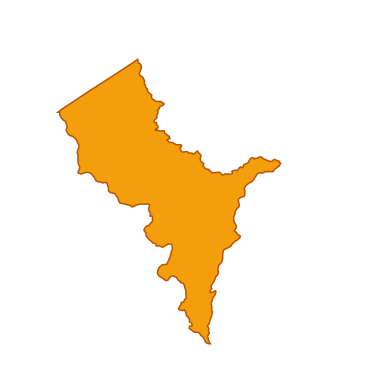 Encruzilhada, Bahia, Brazil, rotated 62°
{"feature_id": "56859067B66592424293928", "entity_name": "Encruzilhada", "entity_type": "district", "adm_level": 2, "iso_a3": "BRA", "parent_name": "Brazil", "parent_adm1": "Bahia", "projection": "robinson", "projection_center": [-40.923, -15.536], "detail": "fine", "context": "isolated", "style": "filled", "palette": "amber", "viewbox_px": 384, "rotation_deg": 62, "n_neighbors": 0, "source": "geoboundaries", "source_scale": "gbopen_adm2", "svg_char_len": 6101}
<svg xmlns="http://www.w3.org/2000/svg" viewBox="0 0 384 384"><g transform="rotate(62 192 192)"><path d="M49.4,177.7L50.2,184.7L53.0,215.3L54.3,231.8L57.7,267.3L58.6,272.8L59.1,271.7L60.5,271.9L61.7,272.4L62.8,272.7L64.1,272.5L67.6,272.2L69.6,270.9L71.1,270.6L72.7,271.0L73.7,271.0L74.8,271.3L76.3,272.1L77.9,273.9L79.4,274.3L82.4,274.1L84.4,273.6L85.3,273.0L86.3,271.7L87.2,271.1L89.9,270.0L91.4,269.7L93.0,269.7L96.0,270.0L97.3,269.9L98.9,270.4L102.6,274.4L103.5,274.9L105.9,275.5L111.5,278.3L112.8,278.9L113.8,279.1L117.6,279.4L120.6,282.9L121.7,283.7L122.7,282.6L123.6,282.0L124.2,281.1L124.4,279.1L125.1,275.9L126.6,273.6L128.9,272.1L131.0,272.0L133.2,271.3L134.5,271.5L136.9,271.4L138.6,270.5L140.2,268.1L142.0,266.6L142.8,264.4L143.6,263.1L144.8,262.9L146.1,263.4L148.8,263.6L151.6,265.1L153.6,264.7L154.6,263.9L156.7,261.4L157.7,260.9L161.6,260.3L163.9,260.5L165.2,260.9L167.6,260.9L168.6,260.1L169.3,259.0L171.1,256.9L173.1,254.9L174.9,252.9L176.7,252.4L177.3,251.1L177.3,248.8L177.6,246.0L178.4,243.5L179.4,241.4L180.9,238.7L181.5,237.0L183.1,235.4L184.1,235.9L185.8,237.6L187.1,238.6L188.0,238.8L191.6,238.8L193.6,240.4L194.6,238.6L196.0,238.8L197.2,239.6L198.9,240.4L199.5,241.2L200.4,244.2L201.3,245.9L200.8,248.1L201.1,249.2L202.0,251.2L203.2,252.4L206.8,252.0L209.5,253.2L213.9,252.2L216.0,251.2L218.7,250.5L220.2,248.7L221.2,248.3L223.0,248.9L223.9,246.2L225.9,244.9L227.0,243.8L226.7,237.4L228.1,235.2L229.5,234.7L230.9,234.8L231.9,235.5L233.8,236.5L234.5,237.9L237.6,240.6L239.2,241.7L240.7,244.2L244.0,248.1L242.7,251.1L242.3,252.9L243.1,256.0L243.6,257.0L244.8,258.5L246.4,260.0L248.0,260.8L250.8,260.5L252.5,259.7L254.6,258.2L257.5,257.1L258.5,255.6L258.4,254.3L256.9,251.5L256.4,249.9L256.8,248.7L257.4,247.8L258.5,247.2L259.4,246.3L260.3,245.8L263.0,245.7L264.6,244.9L266.8,244.4L268.4,242.7L269.6,242.5L271.8,242.8L273.1,243.2L274.4,243.4L275.9,243.7L280.8,246.0L281.8,246.2L282.8,246.7L283.2,248.1L283.6,249.3L284.5,250.0L285.2,251.2L284.6,252.5L284.7,253.8L285.6,254.2L286.5,254.9L287.0,256.4L287.8,257.3L288.4,258.4L289.3,258.9L291.5,257.1L292.3,255.6L292.7,254.0L294.0,253.9L296.1,254.2L297.8,254.7L299.2,254.9L300.8,254.1L302.5,254.1L304.0,254.3L304.9,255.1L306.3,254.8L307.5,254.1L308.9,254.1L310.0,254.8L309.5,256.2L309.4,257.3L310.9,258.5L312.2,258.0L313.6,257.3L315.9,256.4L317.5,255.0L318.1,253.6L319.4,252.0L320.4,251.7L321.5,251.7L323.8,251.2L325.6,250.2L327.3,250.3L328.6,250.1L329.7,250.5L330.7,250.4L332.4,249.9L333.9,248.5L334.6,247.0L333.5,247.2L332.2,247.1L329.7,246.8L328.4,246.3L327.1,246.3L326.0,245.1L325.2,243.6L324.3,242.8L322.4,242.8L321.0,241.4L319.6,241.2L318.0,241.3L317.0,241.0L316.8,239.4L315.8,238.1L314.5,237.2L310.1,232.2L308.7,231.3L307.3,230.1L306.1,230.4L304.9,229.8L303.1,228.6L301.3,228.1L299.6,227.3L298.5,226.4L297.1,224.8L295.8,223.9L295.0,222.6L293.4,219.6L292.4,218.6L291.5,217.9L290.6,217.5L289.8,218.3L290.3,219.9L289.5,223.0L288.4,223.0L287.5,221.7L286.8,219.9L285.3,219.8L284.0,219.2L282.4,216.6L281.4,214.8L280.6,213.6L278.3,211.2L277.6,209.8L277.1,208.1L274.7,205.9L273.3,205.8L271.9,205.1L269.3,203.0L268.8,201.4L268.5,200.0L267.5,198.3L265.1,196.1L261.1,193.9L258.7,191.9L257.9,190.7L258.2,184.9L258.1,183.4L257.3,182.1L256.6,180.3L255.7,176.6L255.7,174.4L254.8,171.1L253.8,170.1L252.2,170.5L251.3,171.5L250.3,171.7L249.0,171.7L247.8,172.1L246.2,173.1L245.4,171.9L244.9,170.6L244.2,169.6L243.2,169.0L241.6,168.7L239.4,168.8L238.1,168.7L236.3,168.4L234.1,167.2L232.2,165.5L231.2,164.1L229.3,162.5L228.4,161.5L227.7,159.9L227.3,158.0L226.7,157.0L225.7,156.3L221.9,155.4L220.7,154.8L220.0,153.9L219.7,152.3L219.7,150.7L220.4,148.3L219.9,147.1L215.7,144.7L213.6,144.3L212.1,142.1L211.5,140.8L210.9,137.5L211.0,135.8L210.9,134.4L210.6,132.8L209.7,131.3L208.8,129.8L208.2,128.3L207.2,127.0L206.3,125.2L206.9,123.5L207.3,122.1L208.4,121.2L208.6,119.4L208.4,118.2L208.9,117.0L209.6,115.8L210.1,114.4L210.8,112.9L211.9,111.5L211.8,110.1L210.9,108.9L210.6,107.5L210.5,106.2L210.0,104.6L209.9,102.6L208.3,100.3L206.9,100.8L205.5,100.7L204.7,101.9L203.7,102.6L202.7,103.0L201.7,104.4L202.4,106.6L201.8,108.6L199.7,110.4L198.9,111.2L197.8,112.0L196.0,113.5L194.9,113.7L193.8,114.3L192.6,115.8L192.9,117.9L192.3,119.5L192.1,121.1L191.0,121.7L190.0,122.7L189.8,124.3L190.3,125.7L191.9,127.9L192.5,128.9L192.4,131.6L192.1,133.1L193.0,134.4L193.9,135.1L194.2,136.4L192.8,137.0L192.7,138.6L193.4,140.0L194.5,141.8L193.5,142.9L192.8,144.2L192.5,145.9L192.6,147.2L193.5,147.2L194.7,147.9L194.4,149.9L193.3,151.3L192.6,152.7L191.7,154.1L191.5,155.1L191.7,156.4L190.5,157.6L188.9,157.7L187.3,158.6L185.5,162.9L185.0,164.5L183.6,165.6L182.4,165.8L181.0,166.4L179.9,166.6L179.1,167.5L178.6,168.6L177.7,169.1L176.6,169.5L174.4,169.8L173.5,169.4L172.6,168.3L171.0,168.7L169.6,169.8L168.3,169.8L166.6,169.3L164.9,167.6L163.9,167.0L163.0,166.8L162.1,167.3L160.6,167.7L159.4,167.7L158.3,168.2L158.8,170.5L159.3,171.8L158.9,173.1L157.7,173.8L156.7,175.3L156.0,176.7L154.8,176.9L153.9,177.5L153.4,178.6L153.0,180.2L152.1,181.7L150.8,182.5L149.8,182.1L148.8,182.3L147.7,182.3L147.2,180.6L146.3,179.4L144.9,179.8L143.9,181.9L143.0,183.4L140.9,185.1L139.3,185.6L138.8,186.9L137.7,188.3L136.7,189.3L135.3,189.2L134.2,189.7L134.3,186.4L133.2,186.3L132.1,185.9L130.5,187.2L128.9,187.5L127.4,188.4L126.1,188.2L125.0,187.8L124.1,189.3L123.5,191.0L123.0,192.0L122.1,192.6L121.2,193.7L120.7,195.3L119.6,194.6L119.7,193.3L119.2,191.7L118.3,191.2L117.0,191.3L115.7,191.8L115.0,191.1L114.0,190.6L113.4,191.9L112.4,192.4L111.4,192.2L110.6,190.8L110.4,189.1L109.5,187.7L107.9,187.2L106.7,185.6L105.4,184.4L103.7,184.3L103.3,182.6L102.9,181.5L101.7,180.9L101.8,177.3L101.6,175.9L100.3,175.3L99.1,176.4L97.7,176.7L96.9,178.2L95.0,181.2L93.9,182.1L92.8,182.4L91.6,183.2L90.1,183.5L88.6,182.9L87.7,182.1L86.7,182.3L85.6,182.9L83.8,183.6L82.6,183.9L81.7,183.5L79.4,183.1L78.0,183.7L77.0,183.4L76.0,183.0L75.1,183.0L73.9,183.2L71.6,181.8L68.4,181.6L67.0,181.7L65.9,182.6L64.8,183.0L63.7,183.1L62.7,183.0L61.9,182.0L61.0,181.2L60.2,180.3L59.4,179.2L58.6,178.4L56.4,177.5L55.3,177.5L53.9,178.0L52.7,178.8L49.4,177.7Z" fill="#f59e0b" stroke="#b45309" stroke-width="1.5"/></g></svg>